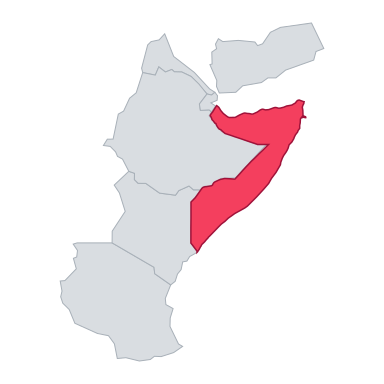 Somalia highlighted among its neighbors
{"feature_id": "SOM", "entity_name": "Somalia", "entity_type": "country or territory", "adm_level": 0, "iso_a3": "SOM", "parent_name": "Africa", "parent_adm1": "", "projection": "albers", "projection_center": [45.827, 5.144], "detail": "fine", "context": "with_neighbors", "style": "filled", "palette": "rose", "viewbox_px": 384, "rotation_deg": 0, "n_neighbors": 6, "source": "natural_earth", "source_scale": "50m", "svg_char_len": 4782}
<svg xmlns="http://www.w3.org/2000/svg" viewBox="0 0 384 384"><path d="M112.1,242.9L154.0,267.3L154.7,273.7L170.7,284.9L165.3,298.4L165.9,304.6L173.1,308.6L170.2,318.0L170.0,326.5L178.5,344.0L182.6,346.4L173.6,352.6L161.1,356.6L154.4,356.3L150.3,359.5L139.4,361.0L125.9,357.7L117.3,358.5L114.4,343.8L108.5,335.7L97.5,333.5L74.9,323.3L69.2,309.5L62.8,303.2L60.7,296.8L62.0,291.1L60.2,281.0L64.9,280.6L76.3,268.8L73.4,258.3L76.7,257.0L77.5,250.5L73.2,244.1L77.1,242.9L112.1,242.9Z" fill="#d9dde1" stroke="#a8b0b8" stroke-width="1"/><path d="M170.7,284.9L154.7,273.7L154.0,267.3L112.1,242.9L112.2,231.2L125.2,211.4L119.4,192.9L114.2,185.1L128.8,171.3L134.5,173.3L134.4,179.6L138.1,183.3L145.8,183.4L159.6,193.1L175.5,195.2L178.8,190.6L189.0,186.0L193.4,189.8L201.0,189.9L191.2,202.4L191.0,242.9L197.6,252.1L189.7,256.5L186.9,261.1L182.7,261.9L181.1,269.6L177.5,274.0L175.2,281.3L170.7,284.9Z" fill="#d9dde1" stroke="#a8b0b8" stroke-width="1"/><path d="M142.7,72.6L141.6,68.2L147.7,44.9L151.1,41.6L159.1,39.9L164.7,33.8L173.7,56.5L194.3,72.4L209.6,88.9L214.9,92.3L211.6,95.0L207.0,94.0L191.2,76.5L181.8,72.0L174.4,71.8L171.8,69.5L165.4,72.0L158.8,66.9L155.3,75.1L142.7,72.6Z" fill="#d9dde1" stroke="#a8b0b8" stroke-width="1"/><path d="M311.5,23.0L323.8,48.5L316.0,51.5L313.7,60.1L285.6,70.1L275.9,77.9L267.9,77.9L261.5,82.5L242.7,85.8L235.8,92.3L219.3,93.0L216.5,86.5L216.8,80.5L209.9,64.6L212.1,64.0L211.8,52.1L216.6,48.7L215.5,44.1L218.4,38.7L222.8,41.6L238.3,40.4L254.9,42.0L257.6,45.6L262.6,43.8L270.4,32.3L280.4,27.4L311.5,23.0Z" fill="#d9dde1" stroke="#a8b0b8" stroke-width="1"/><path d="M266.4,144.4L235.4,177.9L221.0,178.4L211.1,186.2L204.0,186.4L201.0,189.9L193.4,189.8L189.0,186.0L178.8,190.6L175.5,195.2L159.6,193.1L145.8,183.4L138.1,183.3L134.4,179.6L134.5,173.3L128.8,171.3L122.5,159.1L117.5,156.4L115.6,151.9L110.2,146.4L103.4,145.5L107.3,139.2L113.1,139.1L118.3,114.1L123.6,111.1L129.6,98.2L136.2,92.8L142.7,72.6L155.3,75.1L158.8,66.9L165.4,72.0L171.8,69.5L174.4,71.8L181.8,72.0L191.2,76.5L198.8,83.9L207.0,94.0L199.4,104.0L200.4,110.4L209.1,109.9L211.5,111.9L209.1,115.8L221.3,131.3L257.2,144.5L266.4,144.4Z" fill="#d9dde1" stroke="#a8b0b8" stroke-width="1"/><path d="M207.0,94.0L211.6,95.0L214.9,92.3L217.5,95.7L217.1,100.3L210.9,102.9L215.6,106.0L211.5,111.9L209.1,109.9L200.4,110.4L199.4,104.0L207.0,94.0Z" fill="#d9dde1" stroke="#a8b0b8" stroke-width="1"/><path d="M197.0,251.3L196.9,250.9L195.8,249.5L193.9,247.0L192.4,245.0L190.9,243.1L190.9,241.5L190.9,236.8L190.9,227.5L191.0,218.1L191.0,208.7L191.0,204.0L191.0,202.1L191.2,201.8L192.9,200.1L195.2,197.8L198.3,193.5L199.9,191.2L201.3,189.2L201.6,188.6L202.9,187.4L205.1,186.7L206.5,186.6L211.3,185.8L212.1,185.4L212.5,185.0L212.9,184.1L213.8,182.7L215.0,181.8L217.4,180.7L219.6,179.7L220.1,179.5L222.8,178.9L223.5,178.7L224.6,178.5L225.0,178.5L228.8,178.7L231.7,178.9L234.8,179.1L235.1,178.9L237.2,176.6L240.6,172.9L242.7,170.5L246.1,166.8L248.6,164.2L251.4,161.2L254.2,158.6L257.5,155.3L259.5,153.3L262.8,150.2L265.8,147.2L268.5,144.5L264.8,144.5L261.1,144.5L257.5,144.5L256.9,144.2L253.9,143.2L250.0,141.9L245.3,140.3L241.9,139.1L238.3,137.9L234.6,136.7L231.8,135.7L228.2,134.5L225.1,133.5L224.7,133.2L222.9,131.7L220.7,129.6L220.3,129.5L219.2,129.1L218.2,128.0L217.2,126.5L216.3,124.8L215.9,123.5L214.7,123.0L214.1,122.0L213.0,120.6L212.2,119.9L211.9,119.3L211.6,118.1L210.9,116.7L210.3,115.9L210.2,115.5L210.2,115.3L211.4,113.4L211.9,112.8L212.5,112.2L212.9,111.5L213.1,111.1L214.5,108.9L215.7,107.0L216.7,105.6L218.8,107.3L220.9,110.7L223.3,113.5L226.6,116.1L227.9,117.0L229.1,117.5L235.2,117.4L239.5,115.0L243.4,113.3L244.8,113.0L247.0,113.4L249.6,113.6L251.8,114.1L253.0,114.0L257.4,112.0L260.2,110.0L262.1,109.2L262.9,109.2L265.5,109.9L268.8,109.6L273.4,107.9L274.9,107.5L276.0,107.5L278.5,108.2L278.9,108.2L280.2,108.1L283.8,107.2L286.6,106.0L291.7,105.1L295.5,102.9L296.2,101.8L297.4,100.5L299.1,100.0L303.5,101.6L304.1,101.7L303.9,102.6L303.8,103.6L302.9,105.3L302.3,107.2L302.8,110.1L303.0,114.7L302.9,115.4L302.6,116.1L302.5,116.6L302.0,116.8L301.8,117.1L302.2,117.2L303.5,116.7L303.5,116.1L303.6,115.9L304.7,116.5L305.5,116.7L305.8,117.3L305.7,117.7L304.4,117.5L303.8,117.2L301.9,117.7L300.7,118.3L300.4,119.2L300.2,122.9L299.7,125.3L299.7,128.4L298.1,130.5L297.6,132.0L295.4,134.9L294.2,137.4L293.8,138.7L291.8,142.1L289.1,144.8L288.1,148.2L287.1,150.3L286.0,152.2L283.6,155.6L282.4,158.0L280.8,162.2L280.4,164.8L276.0,172.4L271.5,178.4L268.6,183.5L263.5,189.4L256.5,197.0L247.4,206.1L244.9,207.9L234.8,213.5L228.3,218.1L225.0,221.3L221.4,224.0L218.7,226.7L210.2,235.5L209.4,236.3L208.5,237.1L207.5,238.6L206.7,239.2L204.7,241.7L203.4,243.0L202.0,244.3L201.4,245.2L201.0,246.2L200.5,246.8L199.2,249.3L198.1,251.0L197.0,252.3L197.0,251.3Z" fill="#f43f5e" stroke="#9f1239" stroke-width="1.5"/></svg>